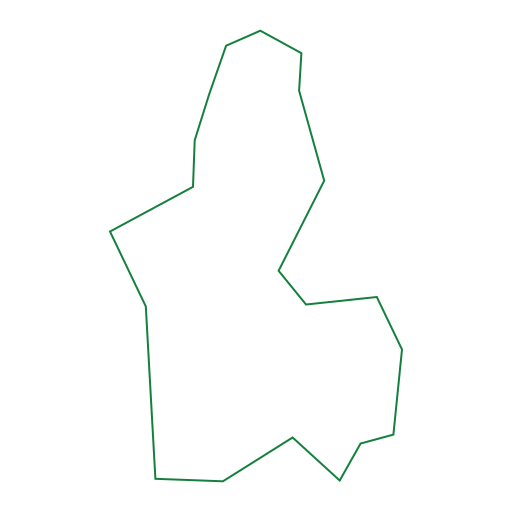 an SVG outline of Dudley
{"feature_id": "GBR-5692", "entity_name": "Dudley", "entity_type": "Metropolitan Borough", "adm_level": 1, "iso_a3": "GBR", "parent_name": "United Kingdom", "parent_adm1": "", "projection": "orthographic", "projection_center": [-2.094, 52.493], "detail": "fine", "context": "isolated", "style": "outline", "palette": "green", "viewbox_px": 512, "rotation_deg": 0, "n_neighbors": 0, "source": "natural_earth", "source_scale": "10m", "svg_char_len": 373}
<svg xmlns="http://www.w3.org/2000/svg" viewBox="0 0 512 512"><path d="M301.4,53.2L299.1,90.7L324.2,180.7L278.6,270.8L306.0,304.5L376.8,297.0L402.0,349.5L393.4,434.6L360.6,443.5L339.7,480.5L292.6,437.5L222.9,481.3L155.4,478.8L145.8,306.4L110.0,231.5L193.0,186.8L194.7,140.3L209.1,94.5L226.1,45.7L260.3,30.7L301.4,53.2Z" fill="none" stroke="#15803d" stroke-width="2"/></svg>